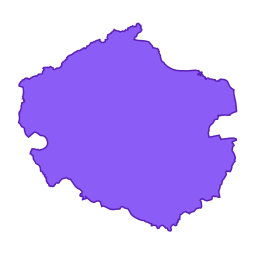 the district of Pho Thale, Phichit, Thailand, rotated 88°
{"feature_id": "78962969B47406793118742", "entity_name": "Pho Thale", "entity_type": "district", "adm_level": 2, "iso_a3": "THA", "parent_name": "Thailand", "parent_adm1": "Phichit", "projection": "albers", "projection_center": [100.23, 16.06], "detail": "fine", "context": "isolated", "style": "filled", "palette": "violet", "viewbox_px": 256, "rotation_deg": 88, "n_neighbors": 0, "source": "geoboundaries", "source_scale": "gbopen_adm2", "svg_char_len": 5751}
<svg xmlns="http://www.w3.org/2000/svg" viewBox="0 0 256 256"><g transform="rotate(88 128 128)"><path d="M221.1,79.5L216.8,79.1L216.4,78.7L216.2,77.8L215.1,76.6L213.9,74.8L213.7,72.9L214.4,72.1L215.0,70.5L215.8,69.8L214.5,68.1L213.5,64.7L211.6,63.2L210.7,61.8L210.7,60.7L210.2,60.0L210.5,58.3L210.3,57.8L209.2,57.2L205.5,57.3L203.8,57.7L202.9,58.5L201.6,57.6L201.4,57.0L201.8,56.4L201.3,55.8L202.8,53.7L203.5,51.6L202.4,47.0L201.8,46.5L199.5,46.2L199.0,45.4L199.0,44.8L199.5,44.0L199.4,42.0L200.3,40.4L200.3,38.7L195.9,39.4L194.0,39.4L192.2,38.6L188.6,37.8L187.4,36.4L183.6,35.4L182.2,34.0L178.2,31.4L175.6,31.8L174.4,30.9L175.0,30.0L174.6,28.0L175.2,27.6L174.7,27.0L171.6,25.7L169.3,25.5L168.7,24.8L166.4,23.6L165.1,22.2L164.6,22.2L163.7,22.7L162.5,21.8L160.2,22.0L157.0,23.1L154.2,24.8L150.8,24.1L149.6,23.3L149.1,22.6L147.6,23.3L146.6,24.5L145.4,24.1L143.9,20.1L142.7,20.3L142.5,21.3L141.9,22.0L141.7,25.8L142.6,35.6L141.5,35.6L140.9,36.3L140.0,36.4L139.2,37.0L138.4,37.1L139.8,45.7L139.9,47.4L135.3,48.0L133.6,47.1L133.1,47.4L130.6,46.9L128.3,45.9L126.3,43.2L124.6,42.0L122.9,41.3L122.3,39.4L122.3,38.2L119.8,37.4L118.8,37.7L118.4,37.0L118.6,36.3L119.1,35.7L118.5,34.3L118.4,30.2L118.7,28.2L118.7,25.7L117.9,25.6L116.0,21.7L115.4,19.3L114.9,18.9L106.3,19.5L97.9,21.0L94.4,21.1L93.8,20.7L91.4,23.8L90.2,24.8L84.9,27.0L84.0,28.0L83.0,30.0L82.4,33.9L83.2,34.5L83.1,35.1L84.4,35.7L84.1,36.5L84.1,38.4L83.9,38.9L82.9,39.2L82.6,40.4L82.8,40.8L82.0,42.8L82.0,44.4L80.9,46.1L81.1,47.1L82.0,48.5L81.6,49.1L80.7,48.8L79.9,48.9L79.5,50.1L79.0,50.6L78.9,51.2L78.0,51.2L77.5,51.6L77.4,52.0L78.1,53.7L76.9,54.5L77.2,55.2L77.2,56.3L76.7,56.3L76.2,55.9L76.0,54.7L76.6,53.3L76.5,52.9L75.9,52.3L75.1,52.1L74.7,52.3L74.9,53.4L74.6,54.5L73.1,55.3L73.3,56.6L72.6,58.2L73.0,67.5L72.3,76.9L70.9,81.5L68.0,86.4L65.1,89.3L63.8,89.9L62.8,91.5L61.9,92.1L59.4,92.9L56.5,93.2L53.6,94.6L52.6,94.1L52.0,95.0L50.9,94.7L49.6,95.8L49.8,96.7L49.1,98.0L48.6,100.3L46.9,100.8L42.8,104.1L42.3,105.2L41.5,108.7L40.7,115.7L39.8,118.8L38.5,118.1L37.2,117.8L36.9,116.3L34.8,115.7L33.1,114.1L32.5,112.3L30.6,110.8L29.8,110.9L28.6,112.0L27.9,111.9L27.6,111.4L25.9,111.6L25.3,112.8L24.3,113.4L23.7,114.2L24.5,115.9L26.3,116.1L26.8,116.5L26.6,117.6L27.1,118.5L26.1,119.7L26.8,120.7L26.9,122.0L28.0,122.9L27.8,123.7L28.2,124.7L28.6,124.9L29.7,124.7L30.3,126.4L29.8,127.0L31.4,128.4L30.9,129.8L31.8,132.5L30.8,133.7L30.9,135.1L30.4,135.8L29.9,137.6L29.1,138.0L29.0,138.4L30.3,139.0L31.2,140.0L32.0,141.5L32.8,141.7L34.2,144.9L36.7,145.6L38.0,145.0L39.0,146.0L38.7,147.0L38.9,147.6L40.9,147.7L41.6,149.8L41.7,151.4L40.7,152.2L40.4,153.0L38.7,153.0L38.5,153.5L39.1,154.4L39.6,156.9L40.6,157.9L40.5,159.1L41.4,160.4L41.5,162.0L44.1,164.0L44.7,165.2L44.6,166.1L45.3,166.3L46.8,167.2L47.0,168.6L46.4,169.1L46.5,169.8L47.5,170.8L47.8,171.9L48.8,173.0L49.1,176.0L50.0,177.1L50.6,178.8L52.7,181.7L53.4,184.0L54.6,185.9L55.1,185.8L55.8,186.8L57.0,186.6L57.5,187.9L58.5,188.6L59.5,190.3L60.9,191.8L61.8,192.1L63.0,191.8L63.7,192.7L64.8,193.1L65.1,194.1L65.9,195.0L65.6,197.1L66.9,198.8L67.0,199.6L66.5,200.8L65.3,200.8L65.0,201.9L63.9,203.2L64.9,205.5L64.6,206.0L64.6,210.0L64.9,210.5L65.6,210.8L66.9,209.7L67.5,210.5L68.6,211.2L70.8,211.9L71.1,212.9L71.1,215.5L72.9,217.1L72.6,218.1L72.9,218.5L72.9,219.4L73.5,221.2L74.4,223.1L75.4,224.0L75.8,224.9L75.8,225.2L75.3,225.4L75.1,227.2L74.6,227.2L74.7,228.6L75.4,229.8L76.1,230.1L76.3,231.8L77.0,232.0L77.6,233.1L80.2,235.1L81.6,235.4L82.3,235.3L83.7,231.4L86.7,231.2L90.0,231.2L90.3,231.5L90.7,231.2L92.9,232.2L93.5,231.9L94.5,231.9L95.1,232.3L95.3,231.3L96.1,231.2L96.7,230.5L97.2,231.2L98.1,230.7L98.4,230.8L99.3,233.4L100.6,233.3L102.3,234.0L104.6,234.0L107.3,235.2L108.2,236.1L109.1,235.8L109.2,236.3L110.3,236.4L114.7,236.0L118.8,237.1L120.2,235.5L121.4,235.1L123.1,234.1L123.2,233.3L124.7,231.5L126.9,231.5L130.0,230.7L131.9,229.5L133.6,227.7L128.8,221.6L128.9,220.8L130.0,218.8L132.3,215.9L132.8,213.0L133.8,211.3L134.4,210.7L136.8,209.4L139.4,208.8L141.6,209.0L143.4,209.9L144.6,211.0L145.9,213.2L147.2,217.6L146.3,218.4L146.4,220.2L145.6,222.7L145.5,224.7L146.9,225.2L148.2,226.1L150.2,226.6L150.5,226.5L150.7,225.3L152.2,224.7L152.8,223.6L154.6,223.8L156.2,223.5L157.5,222.5L160.3,221.2L161.5,218.9L162.6,217.8L165.0,216.9L167.0,217.0L168.2,216.6L169.0,215.0L171.1,214.3L171.6,212.6L172.9,213.3L173.9,212.4L174.4,212.3L174.6,211.4L174.9,211.6L175.5,211.4L175.9,211.6L176.0,211.3L178.2,211.4L179.2,210.7L180.2,210.5L181.1,209.3L183.0,208.9L183.6,207.5L183.2,207.3L183.9,205.5L183.6,204.1L182.4,203.7L182.0,202.7L181.2,202.4L180.4,201.5L180.2,200.9L180.7,199.9L180.3,198.8L178.6,198.0L178.2,197.2L177.0,196.5L176.0,193.6L175.5,191.0L176.6,189.7L177.2,188.4L177.1,187.4L184.6,182.5L186.4,180.5L187.7,178.2L189.3,176.5L190.1,176.1L191.2,176.2L191.9,176.8L192.0,177.7L193.8,178.4L194.5,178.0L194.8,176.9L194.0,176.4L195.0,176.1L195.5,175.1L196.5,175.1L197.4,176.0L198.0,175.9L197.1,172.4L195.4,172.5L199.6,167.9L200.9,165.6L201.0,164.1L199.9,161.7L199.9,160.0L200.8,158.2L205.5,157.0L205.1,156.0L205.3,154.7L208.6,148.4L209.0,145.6L208.7,142.8L208.7,139.1L206.5,137.6L206.4,136.2L207.8,134.2L208.8,130.7L214.6,127.6L216.2,126.0L218.0,123.4L219.8,120.0L220.8,117.2L221.0,114.9L222.1,114.1L223.0,111.2L224.2,109.5L224.6,107.7L224.9,107.6L226.2,108.2L226.5,108.0L226.5,107.3L226.0,106.6L226.4,103.5L226.9,103.1L227.8,102.9L228.0,102.0L228.9,102.2L229.4,101.7L229.4,101.0L228.8,100.2L227.2,99.4L226.5,97.4L226.6,96.4L228.0,94.8L229.3,94.0L229.4,92.3L231.5,91.5L232.3,90.0L232.3,88.9L231.4,88.3L228.7,88.7L227.8,88.3L225.8,86.2L225.8,85.7L226.6,85.3L227.2,83.9L227.0,83.1L225.9,82.6L224.9,82.9L225.0,82.4L224.2,82.0L224.0,81.5L222.8,81.7L222.8,81.1L222.1,80.7L221.0,80.9L220.9,80.4L221.1,79.5Z" fill="#8b5cf6" stroke="#5b21b6" stroke-width="1.5"/></g></svg>